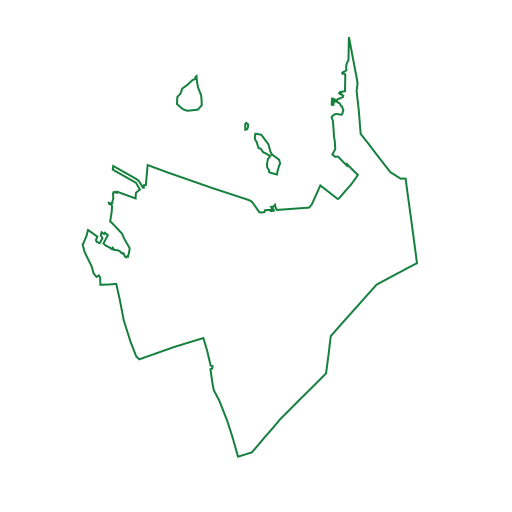 outline of Al Mu'alla, `Adan, Yemen, rotated 345°
{"feature_id": "15242507B93201212408360", "entity_name": "Al Mu'alla", "entity_type": "district", "adm_level": 2, "iso_a3": "YEM", "parent_name": "Yemen", "parent_adm1": "`Adan", "projection": "equal_earth", "projection_center": [45.013, 12.791], "detail": "fine", "context": "isolated", "style": "outline", "palette": "green", "viewbox_px": 512, "rotation_deg": 345, "n_neighbors": 0, "source": "geoboundaries", "source_scale": "gbopen_adm2", "svg_char_len": 3847}
<svg xmlns="http://www.w3.org/2000/svg" viewBox="0 0 512 512"><g transform="rotate(345 256 256)"><path d="M402.4,68.6L396.0,90.8L393.8,93.0L392.6,95.1L391.7,98.0L391.4,99.9L389.5,100.7L388.0,100.9L387.2,101.0L386.6,101.5L386.7,102.3L387.6,102.5L389.0,103.3L389.1,104.3L384.6,119.9L381.6,119.6L380.4,119.3L380.4,120.2L378.9,119.8L378.5,120.2L379.1,121.4L380.4,122.2L381.8,123.8L381.0,125.0L378.6,125.3L377.4,125.6L376.1,125.5L374.5,126.4L371.9,125.0L371.8,124.4L370.2,123.6L368.3,129.5L369.8,130.1L371.1,126.9L371.2,126.2L372.5,127.3L374.5,128.1L375.2,129.4L376.3,130.2L377.1,133.3L377.9,134.1L377.8,135.9L378.2,137.6L377.0,139.3L376.5,140.7L375.1,141.7L372.2,140.4L370.5,139.6L368.4,139.6L366.5,140.4L364.9,141.4L365.0,143.2L365.3,145.3L362.2,161.2L361.9,165.0L360.2,173.3L356.0,177.8L358.3,180.8L359.9,180.9L361.0,181.3L367.2,192.3L367.8,191.0L372.3,199.0L375.4,203.9L372.7,206.5L365.9,211.9L359.6,216.0L351.2,221.8L349.7,222.1L336.4,204.5L323.2,220.7L319.8,223.0L288.0,216.9L287.5,213.6L287.6,211.4L285.2,213.0L283.4,212.5L283.8,214.8L285.0,215.3L284.9,216.9L281.9,216.4L281.9,215.2L276.6,214.1L275.5,215.8L274.1,215.6L271.3,215.1L270.5,214.5L266.6,203.7L265.7,201.9L263.4,200.0L231.0,178.8L190.6,151.3L174.9,140.1L167.9,159.0L166.0,158.6L165.5,159.8L165.5,160.9L164.5,160.8L163.2,156.2L162.3,153.3L160.0,150.3L141.4,132.1L140.0,135.5L159.0,154.2L161.1,161.6L156.3,164.0L154.6,169.2L148.9,165.3L140.0,159.0L137.8,157.8L137.7,158.8L135.0,157.4L134.0,158.8L133.1,163.4L131.2,166.6L130.9,167.8L129.9,167.9L127.6,166.5L127.4,167.3L129.7,169.4L129.8,170.8L128.0,176.1L124.1,184.8L125.8,187.4L132.3,199.6L133.4,206.2L134.0,208.3L136.0,215.8L135.1,217.9L133.7,221.0L132.7,222.4L132.2,223.4L131.6,222.9L130.3,223.8L129.2,222.4L128.7,219.0L127.7,219.2L127.1,218.2L126.4,217.8L126.3,216.9L124.8,215.4L123.7,214.6L122.9,214.3L121.3,213.8L119.6,212.7L120.2,212.1L119.7,210.9L118.4,211.9L117.5,210.7L113.3,206.7L111.9,204.4L118.3,197.5L116.0,194.4L114.9,195.4L113.0,193.1L111.5,195.9L112.3,199.0L108.3,203.2L105.8,201.1L105.5,199.3L107.7,196.2L100.5,187.4L99.2,189.6L97.5,192.7L92.8,198.8L91.5,200.0L91.5,203.4L91.5,207.7L92.6,213.7L94.6,223.5L94.6,230.7L96.5,234.9L99.2,234.1L99.9,236.5L98.2,243.5L105.4,245.2L113.8,246.8L113.1,263.1L111.6,284.0L112.6,306.2L114.3,321.9L116.5,325.6L153.5,322.7L183.9,321.6L184.3,334.9L183.8,350.0L185.6,351.3L184.6,353.4L182.7,353.5L181.0,367.4L180.5,374.7L183.1,386.2L185.5,407.4L186.4,424.7L186.7,445.2L194.1,444.9L201.2,444.6L213.0,436.5L219.1,432.2L221.5,430.7L229.9,425.0L237.4,419.7L240.6,417.9L261.1,406.0L277.1,396.9L293.3,387.5L301.5,367.7L304.3,360.6L307.5,352.7L312.6,349.4L313.8,348.5L325.3,340.9L333.3,335.7L365.0,314.9L368.7,314.0L399.1,306.9L409.6,304.6L410.6,297.4L415.5,259.6L417.6,242.8L419.5,227.8L420.2,223.0L420.5,220.0L418.3,219.3L415.8,218.8L412.0,214.7L411.2,213.8L407.6,210.0L404.2,202.1L401.2,195.0L399.4,190.7L397.0,184.9L396.2,182.8L393.8,177.0L388.7,165.1L389.7,159.7L393.0,141.7L394.9,129.2L395.9,122.5L398.8,115.5L399.6,107.4L399.7,104.9L401.8,76.9L402.4,68.6ZM244.0,90.3L244.6,86.1L243.8,79.8L243.6,78.0L244.1,73.0L244.6,69.3L245.1,66.8L244.0,67.3L242.7,69.4L240.2,69.6L234.5,72.7L228.1,75.2L225.0,79.7L221.2,82.0L219.0,88.7L221.4,92.4L223.5,95.4L227.4,98.0L237.7,99.6L242.6,96.4L244.0,90.3ZM300.3,177.1L301.7,174.7L303.1,173.2L303.3,171.2L303.2,168.9L301.5,166.8L297.6,161.9L296.9,158.7L296.9,151.3L292.5,140.3L288.7,138.4L287.0,137.8L286.4,139.1L285.7,140.8L285.3,143.7L286.1,145.6L286.4,152.3L287.9,153.3L288.6,154.3L289.1,155.7L289.9,157.9L291.3,158.7L293.8,161.4L295.8,163.0L292.6,165.5L290.6,169.6L289.7,173.2L290.3,175.2L290.9,176.7L290.4,178.5L292.1,179.7L297.4,182.7L298.9,179.2L300.3,177.1ZM279.3,131.4L280.5,131.0L282.2,128.3L282.3,126.4L281.0,124.9L279.5,126.2L279.6,127.0L278.6,129.5L278.8,130.3L278.3,131.2L279.3,131.4Z" fill="none" stroke="#15803d" stroke-width="2"/></g></svg>